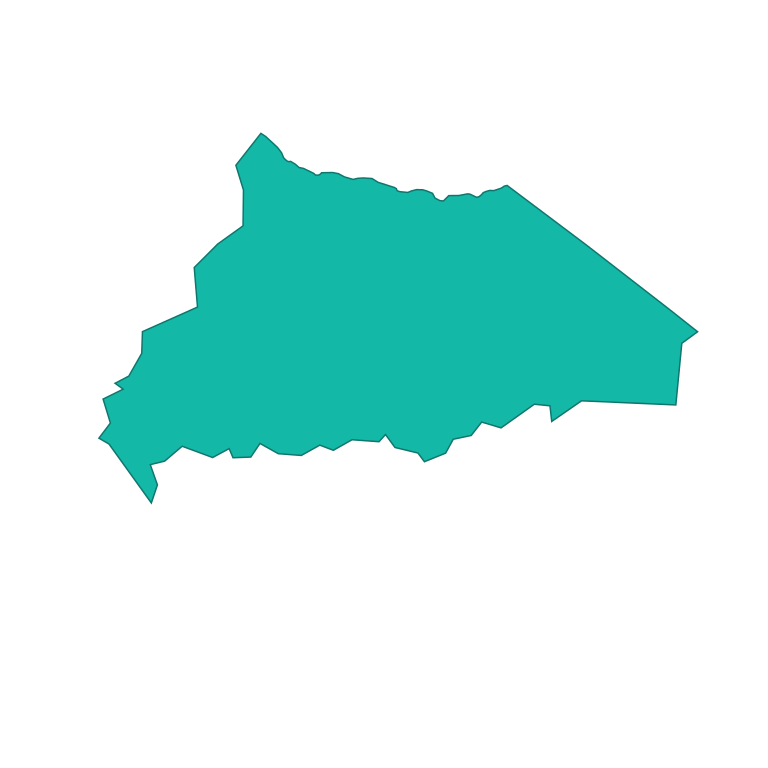 outline of Bell, Kentucky, United States of America, rotated 216°
{"feature_id": "52423323B3564583565128", "entity_name": "Bell", "entity_type": "district", "adm_level": 2, "iso_a3": "USA", "parent_name": "United States of America", "parent_adm1": "Kentucky", "projection": "mercator", "projection_center": [-83.631, 36.769], "detail": "fine", "context": "isolated", "style": "filled", "palette": "teal", "viewbox_px": 768, "rotation_deg": 216, "n_neighbors": 0, "source": "geoboundaries", "source_scale": "gbopen_adm2", "svg_char_len": 1395}
<svg xmlns="http://www.w3.org/2000/svg" viewBox="0 0 768 768"><g transform="rotate(216 384 384)"><path d="M161.0,610.6L197.3,612.1L302.8,615.4L401.1,617.0L403.0,614.8L404.3,611.3L408.8,605.0L412.3,602.7L414.7,599.6L416.2,597.1L416.4,594.3L417.2,591.5L418.7,589.5L426.2,588.1L428.2,586.9L434.1,580.6L442.3,574.5L443.5,567.0L446.6,565.2L452.0,564.4L456.8,566.8L462.9,565.3L466.8,563.9L471.9,560.4L475.4,556.2L477.3,553.0L483.9,549.1L486.2,548.2L487.5,548.3L488.8,549.3L491.1,549.1L507.3,543.7L514.5,543.2L522.0,538.4L526.1,535.0L529.2,531.4L537.7,528.3L544.5,527.4L550.0,524.8L558.7,518.2L558.8,516.4L559.9,514.3L562.2,512.8L564.7,513.1L575.8,511.1L580.1,509.2L584.9,509.7L590.4,509.2L591.9,507.8L593.8,507.4L597.9,507.9L602.9,510.9L609.3,512.8L625.4,514.7L630.9,514.4L632.4,473.9L611.7,458.3L591.0,429.1L600.8,399.5L606.0,366.7L580.1,336.6L610.2,284.4L598.0,266.4L595.1,240.4L602.0,226.5L592.0,226.5L602.4,206.7L582.4,191.6L582.8,172.6L571.2,173.8L502.3,151.0L508.0,169.2L525.7,181.4L516.1,192.7L510.7,215.0L479.4,223.8L471.3,240.7L462.8,235.6L448.8,246.6L449.4,263.0L428.5,265.5L408.9,277.6L400.0,296.8L386.0,300.6L377.1,320.1L354.1,334.4L353.1,344.0L337.8,339.1L316.0,348.1L305.6,344.9L293.5,364.3L295.5,380.0L283.2,393.6L282.6,410.6L263.5,417.3L250.5,456.0L236.9,463.9L226.3,452.3L214.3,486.5L135.6,538.6L167.0,592.0L161.0,610.6Z" fill="#14b8a6" stroke="#0f766e" stroke-width="1.5"/></g></svg>